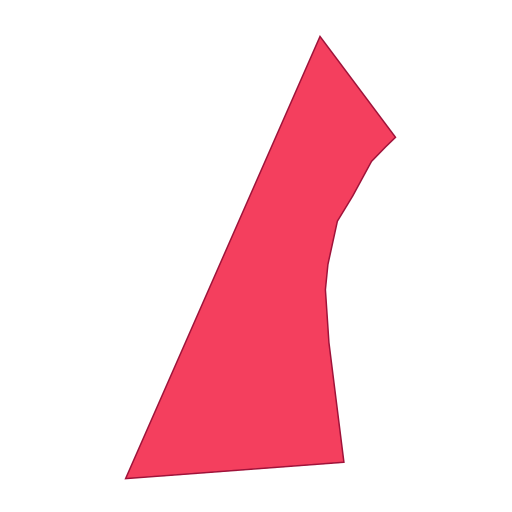 the district of 43, Ar Rayyān, Qatar, rotated 85°
{"feature_id": "91078587B15697971941315", "entity_name": "43", "entity_type": "district", "adm_level": 2, "iso_a3": "QAT", "parent_name": "Qatar", "parent_adm1": "Ar Rayyān", "projection": "mercator", "projection_center": [51.504, 25.251], "detail": "fine", "context": "isolated", "style": "filled", "palette": "rose", "viewbox_px": 512, "rotation_deg": 85, "n_neighbors": 0, "source": "geoboundaries", "source_scale": "gbopen_adm2", "svg_char_len": 312}
<svg xmlns="http://www.w3.org/2000/svg" viewBox="0 0 512 512"><g transform="rotate(85 256 256)"><path d="M42.9,173.1L466.4,405.3L469.1,186.4L348.5,190.9L295.6,189.8L270.7,185.1L228.4,171.9L204.6,154.4L171.8,132.7L158.6,117.4L149.9,106.7L42.9,173.1Z" fill="#f43f5e" stroke="#9f1239" stroke-width="1.5"/></g></svg>